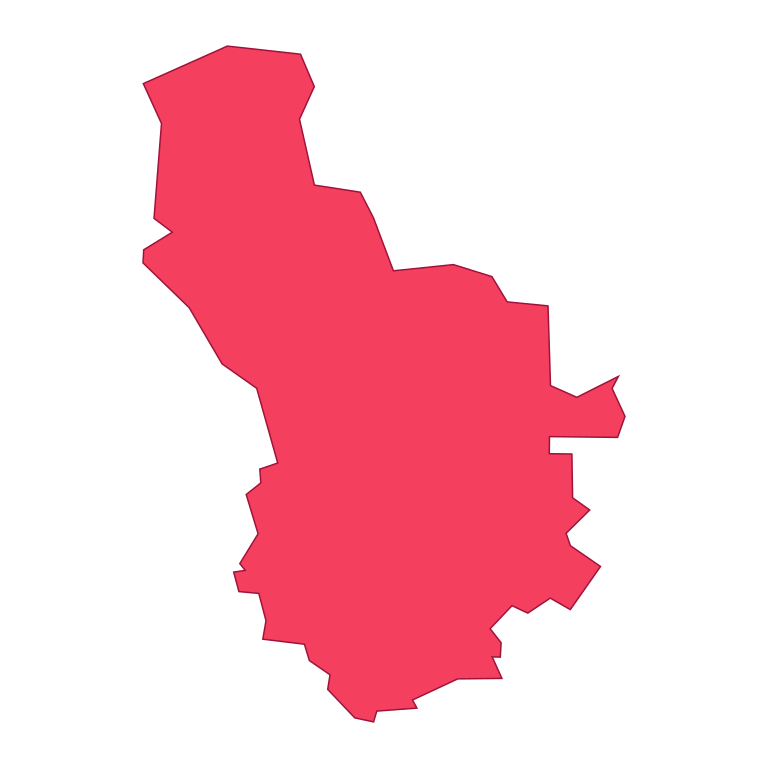 Krivogashtani, Krivogaštani, North Macedonia (Robinson projection)
{"feature_id": "65306769B57810703972123", "entity_name": "Krivogashtani", "entity_type": "district", "adm_level": 2, "iso_a3": "MKD", "parent_name": "North Macedonia", "parent_adm1": "Krivogaštani", "projection": "robinson", "projection_center": [21.369, 41.324], "detail": "fine", "context": "isolated", "style": "filled", "palette": "rose", "viewbox_px": 768, "rotation_deg": 0, "n_neighbors": 0, "source": "geoboundaries", "source_scale": "gbopen_adm2", "svg_char_len": 931}
<svg xmlns="http://www.w3.org/2000/svg" viewBox="0 0 768 768"><path d="M143.3,83.6L161.5,123.5L154.0,218.4L172.3,232.2L143.7,249.8L143.0,262.9L189.2,307.7L222.1,363.9L256.7,388.3L277.7,463.0L259.8,469.1L260.8,482.9L246.2,494.5L258.1,533.8L239.8,563.6L245.2,570.4L233.7,572.1L238.9,591.6L258.8,593.4L266.0,620.7L262.8,639.2L304.4,644.2L309.4,660.6L330.0,674.8L327.7,689.4L354.8,717.9L373.6,721.9L376.8,711.1L416.9,708.1L412.5,700.0L457.6,678.9L501.9,678.4L492.2,656.9L500.3,657.1L501.1,642.7L490.1,628.7L512.0,605.7L527.8,613.1L550.2,598.1L570.3,609.6L600.5,566.5L570.4,545.7L566.1,533.3L589.7,510.0L572.6,497.8L571.9,454.0L549.3,453.7L549.5,436.6L617.6,437.4L625.0,416.4L612.1,388.4L618.4,376.4L576.8,397.3L550.5,385.6L548.0,305.9L507.2,301.9L491.9,276.6L453.4,264.6L393.4,270.8L373.5,217.9L360.3,192.2L314.4,185.1L299.5,119.2L314.3,86.6L300.5,54.2L227.3,46.1L143.3,83.6Z" fill="#f43f5e" stroke="#9f1239" stroke-width="1.5"/></svg>